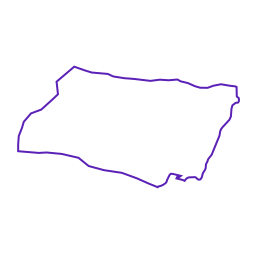 SVG path tracing the border of Al Qubbah, rotated 95°
{"feature_id": "LBY-2986", "entity_name": "Al Qubbah", "entity_type": "Municipality", "adm_level": 1, "iso_a3": "LBY", "parent_name": "Libya", "parent_adm1": "", "projection": "robinson", "projection_center": [22.615, 31.87], "detail": "fine", "context": "isolated", "style": "outline", "palette": "violet", "viewbox_px": 256, "rotation_deg": 95, "n_neighbors": 0, "source": "natural_earth", "source_scale": "10m", "svg_char_len": 1256}
<svg xmlns="http://www.w3.org/2000/svg" viewBox="0 0 256 256"><g transform="rotate(95 128 128)"><path d="M77.7,23.4L87.0,22.4L87.4,22.0L88.3,20.6L88.7,20.2L90.6,19.9L91.5,19.9L92.5,20.2L93.2,20.8L93.3,21.4L93.3,22.0L93.6,23.0L96.3,25.9L99.7,26.6L107.5,26.5L110.8,27.6L119.1,34.0L120.7,35.0L122.2,35.6L123.7,35.9L127.6,36.2L147.3,42.3L151.9,45.3L153.4,45.8L154.3,45.9L157.1,47.1L158.3,47.2L161.2,47.1L163.1,47.7L166.6,49.5L170.4,50.1L172.0,50.8L173.1,51.8L173.3,53.2L172.8,54.3L171.4,56.1L171.1,57.0L171.9,63.1L172.7,64.7L174.0,65.9L175.7,67.0L175.0,68.9L174.0,75.3L172.3,74.6L172.6,73.6L172.4,72.8L171.8,72.0L171.1,71.2L169.8,79.4L169.9,81.4L171.2,82.5L176.3,84.5L178.2,84.9L179.6,85.7L181.2,87.6L182.6,89.8L183.7,92.8L184.4,93.2L184.2,93.9L181.5,102.7L177.4,114.6L173.2,130.2L172.1,148.2L169.3,163.9L162.0,174.7L159.6,191.8L159.5,207.1L160.6,214.6L160.7,235.4L153.9,236.0L145.5,236.1L137.0,233.6L131.0,232.4L121.9,225.9L117.2,216.0L107.0,206.5L100.5,200.7L88.1,203.2L71.6,186.9L74.3,176.4L75.9,169.0L75.9,152.8L77.9,147.3L78.7,136.2L78.6,126.0L79.1,109.8L77.1,100.5L76.9,91.7L75.4,82.9L76.9,79.7L78.0,72.3L80.5,65.0L81.6,59.5L81.0,52.1L78.4,46.5L76.3,39.1L77.0,30.8L77.2,24.6L77.3,24.5L77.7,23.4Z" fill="none" stroke="#5b21b6" stroke-width="2"/></g></svg>